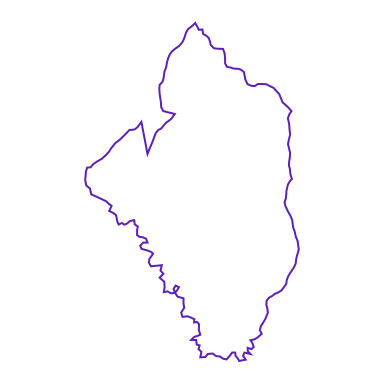 the district of Guatapará, São Paulo, Brazil
{"feature_id": "56859067B57528350924553", "entity_name": "Guatapará", "entity_type": "district", "adm_level": 2, "iso_a3": "BRA", "parent_name": "Brazil", "parent_adm1": "São Paulo", "projection": "natural_earth1", "projection_center": [-47.986, -21.451], "detail": "fine", "context": "isolated", "style": "outline", "palette": "violet", "viewbox_px": 384, "rotation_deg": 0, "n_neighbors": 0, "source": "geoboundaries", "source_scale": "gbopen_adm2", "svg_char_len": 3040}
<svg xmlns="http://www.w3.org/2000/svg" viewBox="0 0 384 384"><path d="M281.1,98.7L279.2,94.0L276.4,91.0L273.5,87.8L270.0,86.2L266.3,84.2L261.3,84.0L257.9,84.0L254.8,86.0L252.0,86.0L247.5,84.1L245.3,79.4L244.0,72.2L241.1,69.7L238.3,68.8L233.8,68.6L230.4,67.5L227.0,66.8L225.1,63.4L225.1,59.7L224.7,53.6L223.0,48.9L217.3,48.7L213.9,48.2L210.8,45.1L209.9,41.4L208.9,38.1L206.4,35.8L203.1,33.9L202.4,29.5L198.8,29.8L197.3,26.6L195.2,23.0L191.3,26.7L188.1,29.0L185.9,32.9L184.7,37.0L182.7,41.7L179.3,45.8L174.8,49.0L172.1,51.3L169.9,54.2L168.0,58.5L166.7,63.9L166.2,67.2L164.4,71.8L163.5,78.6L162.4,82.0L159.6,84.9L159.3,89.0L159.7,94.3L160.5,99.5L161.0,103.1L161.2,107.2L163.3,111.1L174.8,114.0L171.5,118.5L169.2,120.5L165.6,123.1L163.3,126.0L161.0,128.7L158.2,130.0L155.6,133.4L152.5,141.8L150.6,146.3L148.7,150.9L147.5,154.0L141.4,121.9L137.8,126.8L135.1,129.2L132.4,129.8L129.5,129.9L125.9,133.7L119.9,139.6L115.2,143.2L111.1,148.4L108.7,152.1L105.1,155.8L101.8,158.8L97.4,161.3L93.2,164.2L90.6,167.3L87.2,167.6L85.8,171.9L85.6,175.8L85.2,179.9L86.3,185.5L90.0,188.6L91.2,194.3L98.0,197.4L101.8,199.2L106.1,201.2L109.0,204.0L111.6,205.8L109.2,211.0L113.4,213.0L116.1,215.2L117.3,221.5L118.6,224.5L122.0,223.0L124.3,224.7L127.0,223.6L129.9,221.1L134.2,220.1L134.7,224.3L137.8,226.5L137.1,230.2L137.1,235.1L139.7,237.0L142.7,237.2L146.1,238.8L147.5,242.6L143.1,242.6L140.2,245.8L141.6,248.9L146.3,250.1L150.7,251.7L153.1,253.7L151.3,256.3L149.4,258.9L148.9,262.5L150.9,266.3L155.1,265.9L161.8,265.2L160.5,270.7L163.4,273.8L159.6,277.6L164.3,281.8L164.6,287.6L163.8,292.1L167.5,291.4L171.2,293.4L175.0,292.7L177.6,296.7L183.5,298.3L183.5,303.4L184.2,307.9L181.2,312.5L182.5,316.9L187.6,316.3L191.0,317.6L194.4,319.2L194.1,322.4L196.9,321.9L199.1,324.3L198.8,329.9L200.3,334.7L197.3,336.0L194.2,336.9L191.2,340.0L196.2,340.0L196.7,344.6L199.6,345.4L198.5,349.1L201.4,351.8L200.3,357.4L205.4,357.0L207.7,354.0L212.6,353.5L216.2,356.1L220.0,356.5L223.1,358.7L226.5,359.4L229.6,356.0L232.2,352.5L235.2,352.6L235.6,355.9L237.6,358.3L239.3,361.0L242.1,360.3L245.7,359.7L243.0,355.8L244.5,352.6L250.4,354.0L247.8,351.2L247.7,347.9L251.5,349.1L253.7,347.1L252.5,343.4L250.5,340.2L254.3,339.4L257.5,337.5L261.7,333.9L259.9,330.1L260.8,326.2L262.9,323.1L265.3,319.0L267.9,312.5L267.3,308.3L266.4,305.0L266.5,301.1L268.8,297.8L271.8,296.2L274.8,293.9L278.1,292.5L281.5,290.4L284.4,286.5L286.3,283.8L286.7,280.4L288.1,276.5L290.1,273.1L294.0,267.2L295.7,263.7L296.1,259.8L296.9,255.9L297.9,252.8L298.8,249.2L298.2,245.5L297.6,241.0L295.8,236.6L294.6,231.1L293.3,228.0L292.7,224.0L292.2,220.0L290.4,215.7L288.0,211.5L285.4,206.1L284.6,202.4L286.0,197.6L286.5,190.6L287.9,184.6L289.8,181.2L291.9,179.0L290.4,174.2L289.9,169.0L288.9,165.3L289.2,160.9L289.8,157.4L290.1,153.1L289.2,149.0L288.0,144.2L288.8,139.8L290.2,134.6L289.5,129.3L289.2,124.2L287.9,118.3L289.3,114.3L291.5,111.1L288.2,107.4L285.1,104.5L282.7,102.5L281.1,98.7ZM175.0,292.7L173.6,288.9L175.6,285.6L178.9,287.1L177.2,290.2L175.0,292.7Z" fill="none" stroke="#5b21b6" stroke-width="2"/></svg>